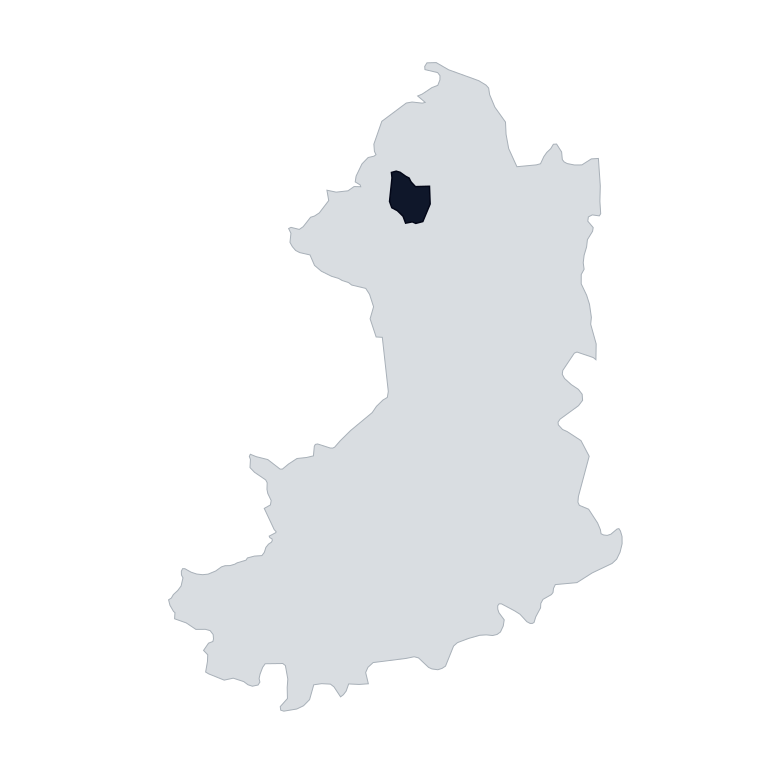 Fria on a map of Guinea (Mercator projection), rotated 84°
{"feature_id": "GIN-5638", "entity_name": "Fria", "entity_type": "Prefecture", "adm_level": 1, "iso_a3": "GIN", "parent_name": "Guinea", "parent_adm1": "", "projection": "mercator", "projection_center": [-13.527, 10.477], "detail": "fine", "context": "in_parent", "style": "filled", "palette": "ink", "viewbox_px": 768, "rotation_deg": 84, "n_neighbors": 0, "source": "natural_earth", "source_scale": "10m", "svg_char_len": 4083}
<svg xmlns="http://www.w3.org/2000/svg" viewBox="0 0 768 768"><g transform="rotate(84 384 384)"><path d="M476.5,511.4L470.0,510.5L467.0,511.7L458.3,522.0L453.1,526.0L445.0,524.7L442.0,525.5L439.9,524.3L442.9,518.7L447.0,507.5L457.8,496.2L458.0,493.9L453.6,487.3L449.0,478.3L449.0,468.7L448.1,461.7L438.6,459.8L436.9,458.6L436.7,456.3L442.0,444.3L442.4,441.8L441.7,439.7L435.9,433.5L426.8,422.1L411.2,398.7L405.4,393.8L399.8,386.7L397.7,382.1L391.9,380.5L337.4,380.8L336.4,386.9L317.7,391.0L306.1,386.3L293.3,389.0L287.0,392.2L282.2,405.8L279.4,408.7L276.7,414.8L274.2,418.2L271.4,424.9L265.3,434.5L258.8,440.7L247.9,444.1L244.5,454.1L242.0,457.9L237.8,460.8L233.3,462.7L224.4,460.8L219.4,462.6L218.5,460.1L221.4,452.1L219.1,447.9L210.5,439.6L209.7,435.6L207.1,430.5L195.8,419.8L185.3,420.5L188.2,411.5L188.1,399.6L184.5,393.1L185.4,386.5L183.5,386.9L180.0,391.5L174.3,390.0L162.8,382.9L157.1,376.1L156.4,370.2L155.1,368.0L151.6,369.2L144.4,369.0L122.5,358.7L106.9,332.5L106.5,326.6L108.7,316.4L108.2,313.6L101.1,320.4L99.7,315.8L94.2,305.3L92.6,299.3L87.4,296.6L83.2,296.1L79.9,298.1L75.6,310.4L72.4,310.3L69.1,307.7L69.8,298.5L78.2,287.0L92.3,258.0L97.4,251.3L100.6,249.0L107.3,248.7L120.3,244.8L136.2,235.8L148.5,236.5L162.9,235.4L181.8,229.1L182.0,209.6L181.3,205.3L174.6,201.3L170.7,197.9L167.4,193.6L163.3,190.5L163.4,187.3L171.8,183.1L179.5,183.2L182.0,181.6L183.9,178.8L186.1,171.7L186.8,164.3L181.8,154.3L182.1,147.2L209.7,148.2L224.9,150.2L237.3,150.7L239.3,152.3L237.6,159.2L239.2,163.3L243.4,164.3L250.3,159.6L253.9,160.6L261.7,166.6L268.9,168.2L276.8,171.5L284.2,173.2L290.8,173.0L295.7,176.4L305.0,177.4L316.9,173.2L326.2,171.3L339.4,170.8L346.2,172.2L366.3,168.8L382.0,170.7L379.6,173.1L372.4,188.7L373.2,191.5L389.2,204.8L393.0,205.7L397.4,203.9L404.2,197.8L409.7,191.2L414.9,188.0L421.0,188.2L425.9,192.8L437.3,212.5L440.1,214.9L442.9,214.9L447.9,211.2L450.4,206.9L460.9,194.0L477.3,187.5L516.1,202.4L521.8,203.5L525.1,202.4L529.9,193.6L544.6,186.1L551.6,184.0L555.6,183.8L557.1,181.4L557.9,177.8L557.1,174.1L552.6,167.4L552.4,165.5L555.0,164.2L560.6,163.2L567.8,163.9L575.9,166.8L582.5,170.9L586.3,175.9L593.6,196.6L601.7,212.9L601.4,234.6L605.0,236.8L609.0,237.7L610.9,239.5L614.8,248.4L618.6,251.0L623.0,251.7L631.4,257.4L636.8,259.7L637.6,261.4L637.4,263.7L635.3,266.8L627.2,272.8L623.2,277.9L614.9,290.2L614.7,292.5L616.4,294.1L619.8,294.4L623.5,293.6L631.1,289.1L637.1,290.7L642.8,294.1L644.9,297.7L645.5,302.3L644.2,308.4L643.9,315.1L645.9,326.6L648.9,338.0L651.9,342.2L671.0,352.3L672.9,356.0L673.8,360.3L672.4,366.1L670.5,369.3L660.0,378.3L658.4,382.5L659.2,390.5L659.9,423.9L664.1,429.6L669.0,432.4L680.5,430.9L680.2,440.1L678.6,450.5L685.4,453.7L688.8,456.9L690.6,459.9L680.0,465.4L676.9,468.6L675.5,477.3L675.8,485.3L690.1,491.0L695.6,497.7L698.1,504.7L698.9,517.8L697.6,520.8L694.0,520.9L686.7,512.9L675.7,512.0L667.4,510.5L653.7,511.5L651.4,513.9L649.8,531.4L653.1,534.3L659.6,537.6L663.9,539.0L667.5,538.6L670.2,540.7L670.8,546.5L668.9,550.7L665.3,554.6L660.8,564.7L661.8,573.9L654.0,588.6L651.8,591.5L641.6,588.6L634.9,587.6L630.1,591.3L623.4,585.6L622.2,581.1L619.7,580.2L615.3,580.1L611.1,582.7L609.3,587.3L608.4,596.7L600.9,605.7L595.6,616.8L589.5,615.8L588.2,617.1L581.7,620.0L576.1,620.8L574.7,617.9L571.4,615.5L567.8,610.7L563.7,606.9L555.8,604.2L552.7,605.4L549.0,605.1L546.6,603.6L546.9,601.3L551.0,595.5L553.4,590.2L554.7,584.3L554.7,578.8L552.4,571.0L548.9,564.8L548.1,561.1L548.5,556.0L547.6,551.2L546.5,548.8L544.8,539.7L542.7,538.0L541.6,530.8L541.9,523.4L538.9,520.6L534.1,518.5L531.2,515.6L529.5,512.4L527.8,511.4L526.3,511.6L524.9,513.6L523.3,514.1L520.5,507.1L519.4,506.8L517.4,508.4L495.2,516.1L492.4,509.6L488.1,508.4L480.8,511.0L476.5,511.4Z" fill="#d9dde1" stroke="#a8b0b8" stroke-width="1"/><path d="M192.1,318.1L209.8,319.3L226.5,328.4L227.6,335.6L225.7,338.9L226.0,342.2L226.3,345.7L219.2,347.5L213.0,352.6L209.5,357.8L203.0,359.4L186.5,355.9L179.8,354.5L174.4,354.5L173.6,349.6L175.1,345.9L179.7,340.7L181.8,337.5L185.4,336.2L186.9,335.2L191.0,332.1L192.1,318.1Z" fill="#0f172a" stroke="#020617" stroke-width="1.5"/></g></svg>